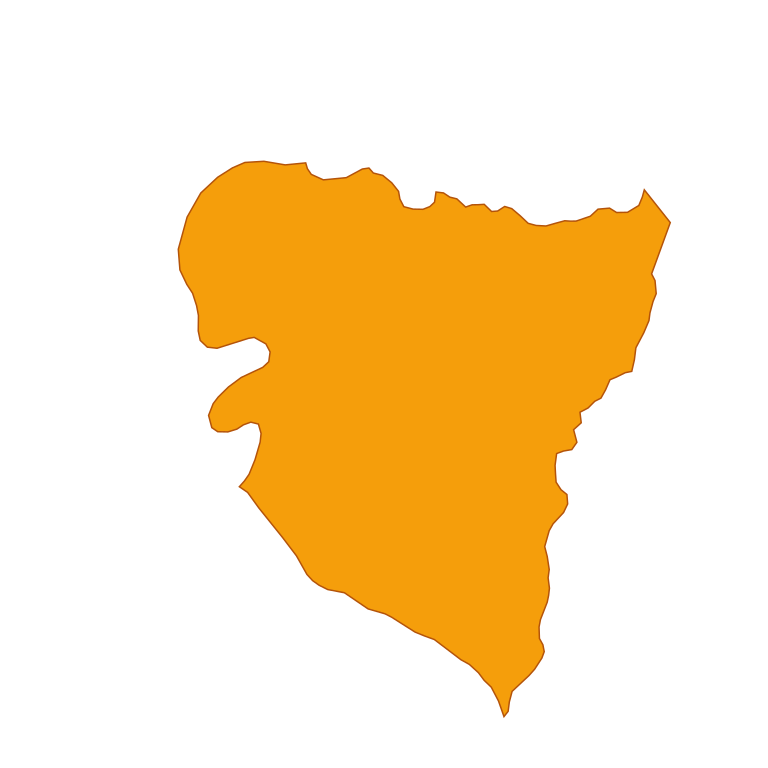 Primeiro de Maio, Paraná, Brazil, rotated 200°
{"feature_id": "56859067B81342579532377", "entity_name": "Primeiro de Maio", "entity_type": "district", "adm_level": 2, "iso_a3": "BRA", "parent_name": "Brazil", "parent_adm1": "Paraná", "projection": "natural_earth1", "projection_center": [-51.083, -22.858], "detail": "fine", "context": "isolated", "style": "filled", "palette": "amber", "viewbox_px": 768, "rotation_deg": 200, "n_neighbors": 0, "source": "geoboundaries", "source_scale": "gbopen_adm2", "svg_char_len": 2103}
<svg xmlns="http://www.w3.org/2000/svg" viewBox="0 0 768 768"><g transform="rotate(200 384 384)"><path d="M157.5,112.5L155.4,118.9L157.5,128.2L158.5,139.0L148.0,159.7L144.9,167.5L141.9,180.5L141.9,187.3L145.5,193.3L150.9,198.0L155.2,208.7L156.4,216.1L156.0,234.8L157.0,241.6L158.7,248.7L163.5,258.0L165.3,266.2L171.6,277.7L177.4,286.2L178.6,302.7L177.3,310.5L171.3,324.7L170.4,334.1L174.3,342.7L181.5,345.2L188.7,350.6L192.0,358.0L195.4,366.0L198.0,377.7L192.4,382.4L185.1,386.6L182.8,395.2L190.2,405.9L185.4,415.0L190.2,424.5L184.0,431.3L180.0,439.9L175.3,444.9L173.8,454.3L173.1,465.3L168.1,469.9L161.2,477.1L155.5,480.6L157.0,492.4L159.7,504.2L157.4,521.0L156.7,534.2L158.4,541.8L159.4,553.5L159.1,562.0L164.7,573.9L170.2,579.0L170.2,633.6L205.8,655.5L205.2,648.0L205.6,638.9L213.9,628.6L224.1,624.7L232.2,626.4L242.7,621.5L247.5,612.2L259.2,602.8L264.5,600.8L270.0,599.2L278.1,593.5L285.8,587.9L295.3,585.0L303.5,584.3L313.4,588.6L323.9,592.5L331.3,592.1L336.4,585.4L341.9,582.9L351.3,587.1L356.8,584.7L362.5,582.5L367.8,578.2L378.9,582.9L386.1,582.1L393.4,583.9L400.8,582.2L398.7,572.1L401.6,566.4L407.1,561.5L416.4,558.3L426.0,557.4L432.3,563.2L436.2,570.0L445.5,575.7L456.5,579.6L466.2,578.6L472.0,581.8L477.9,578.6L490.0,565.0L510.8,555.1L524.0,556.1L529.6,560.1L533.2,565.0L551.8,556.1L573.0,552.2L590.5,544.6L600.3,535.3L611.0,521.4L621.5,500.8L626.1,473.5L623.4,440.3L614.8,421.4L603.4,410.2L594.9,403.8L586.9,393.5L581.8,384.9L576.7,370.3L571.6,362.1L562.6,358.2L553.1,360.5L526.9,380.6L521.9,383.4L508.7,381.3L502.0,375.2L499.9,365.5L503.6,358.2L520.4,341.3L529.1,328.1L535.3,315.1L537.8,307.1L538.1,294.5L530.9,284.1L523.9,282.3L514.3,285.6L506.8,291.3L502.1,297.6L496.1,302.6L488.3,303.4L482.6,295.5L480.5,287.0L479.3,268.6L479.9,253.0L482.0,245.1L484.8,238.0L475.1,235.5L459.2,224.7L426.9,205.1L407.5,192.6L391.3,178.7L383.8,174.8L376.2,172.7L366.6,171.6L349.8,174.3L322.0,167.2L304.4,168.4L297.2,167.5L270.0,161.5L259.7,161.1L249.3,161.1L217.4,151.2L207.9,149.7L196.5,145.0L188.4,139.7L179.5,135.8L168.0,125.3L157.5,112.5Z" fill="#f59e0b" stroke="#b45309" stroke-width="1.5"/></g></svg>